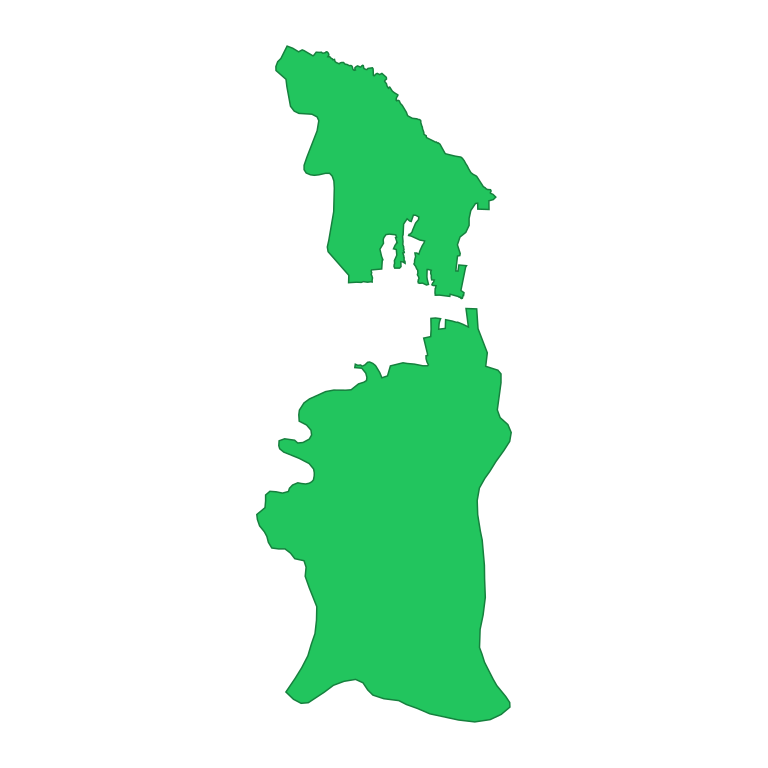 Alamudun, Chuy, Kyrgyzstan
{"feature_id": "92254566B67186126103124", "entity_name": "Alamudun", "entity_type": "district", "adm_level": 2, "iso_a3": "KGZ", "parent_name": "Kyrgyzstan", "parent_adm1": "Chuy", "projection": "equal_earth", "projection_center": [74.606, 42.781], "detail": "fine", "context": "isolated", "style": "filled", "palette": "green", "viewbox_px": 768, "rotation_deg": 0, "n_neighbors": 0, "source": "geoboundaries", "source_scale": "gbopen_adm2", "svg_char_len": 6048}
<svg xmlns="http://www.w3.org/2000/svg" viewBox="0 0 768 768"><path d="M476.7,308.9L466.0,308.5L468.4,327.0L462.9,324.3L457.7,322.2L456.3,322.3L452.4,321.1L445.6,319.7L445.3,328.4L438.7,329.2L439.1,323.7L439.6,321.5L440.6,318.7L435.5,318.0L430.9,318.4L431.1,329.1L430.7,336.6L423.7,338.1L427.4,353.5L427.6,355.5L426.0,355.8L426.1,358.8L427.0,362.0L428.4,364.8L427.6,365.8L422.9,365.8L414.3,364.1L407.3,363.5L403.0,362.8L390.4,365.9L387.5,375.9L381.9,377.8L379.7,372.5L376.1,366.5L375.4,365.5L372.8,363.4L369.6,362.0L367.6,362.3L364.8,365.0L362.6,366.0L361.8,366.0L360.7,365.0L357.8,365.3L355.3,364.2L354.8,367.6L361.8,368.2L365.8,373.2L366.9,377.4L366.5,380.5L363.9,382.2L358.5,383.9L351.1,389.8L345.9,390.2L333.7,390.1L325.6,391.6L309.5,398.9L304.0,402.9L299.4,410.1L298.8,414.8L299.2,421.2L306.6,425.0L311.0,430.2L311.6,435.0L309.3,439.1L303.0,442.5L297.7,443.0L294.6,440.2L284.6,438.8L279.1,440.8L278.8,445.7L279.7,448.8L283.9,452.2L298.8,458.2L309.1,463.5L313.6,469.0L314.3,472.8L314.2,476.0L313.4,480.0L311.7,481.8L309.3,483.2L305.6,484.0L301.3,483.5L297.8,482.8L292.6,485.0L289.5,488.2L288.4,491.5L282.5,493.1L276.2,491.8L269.9,491.3L265.6,495.0L265.6,500.9L265.0,507.7L256.8,514.5L257.4,519.5L259.6,525.9L264.4,531.8L266.9,536.5L268.4,542.4L271.8,548.0L278.5,548.9L285.0,548.9L290.5,553.1L294.8,558.7L304.0,560.7L306.1,567.2L305.2,576.3L309.2,587.6L316.8,606.7L316.5,620.3L315.0,633.6L311.3,644.3L307.9,655.8L301.8,667.6L295.0,678.6L285.9,692.0L293.5,699.3L301.1,703.3L308.3,702.7L324.5,692.0L333.4,685.3L344.1,681.3L355.6,679.4L363.0,682.8L367.7,689.9L372.9,695.1L383.8,698.7L398.8,700.6L406.4,704.5L417.0,708.3L429.8,713.8L458.5,720.0L474.8,721.9L490.2,719.6L501.2,714.4L509.9,707.1L509.7,702.5L505.8,696.6L496.8,685.6L493.2,679.3L484.5,662.2L482.0,654.2L479.5,647.5L480.1,629.4L483.1,615.0L485.3,597.4L484.6,579.1L484.4,565.3L482.2,540.1L480.3,530.9L477.7,514.7L477.2,500.5L479.4,488.0L484.8,478.4L489.8,471.4L496.0,461.4L503.8,450.6L509.7,441.4L511.2,432.5L507.9,424.6L500.1,417.6L497.3,409.9L501.0,382.7L501.0,373.9L497.9,370.2L485.7,366.3L487.3,352.8L478.0,328.6L476.7,308.9ZM495.8,197.1L493.0,194.4L490.4,193.2L490.3,192.6L491.1,191.0L490.5,189.7L487.5,189.5L486.1,188.8L485.2,187.8L483.3,186.6L476.8,176.5L476.1,175.9L473.2,174.4L470.9,172.6L468.6,168.7L467.3,166.0L465.6,163.4L464.3,160.9L462.4,158.3L460.9,157.1L455.0,156.1L445.6,153.8L444.9,153.1L440.0,144.2L438.3,142.9L437.9,143.2L436.3,142.0L435.7,142.2L426.7,137.7L426.4,137.3L426.2,135.7L424.9,135.0L423.9,134.1L423.8,132.3L422.6,129.0L422.3,126.9L421.9,126.2L420.8,122.6L420.8,120.9L420.6,120.4L419.6,119.6L418.0,119.4L416.9,118.8L412.4,118.3L408.2,116.1L407.5,115.4L406.4,112.3L402.2,105.3L400.7,103.8L399.8,102.3L399.4,101.0L398.0,100.3L396.7,100.8L396.2,100.3L396.2,98.8L396.7,97.3L397.8,95.6L397.9,94.9L394.3,92.7L392.3,91.1L389.8,87.2L389.4,87.1L388.4,88.2L387.6,87.0L386.9,85.7L386.5,83.8L384.6,81.3L384.9,80.4L386.5,79.1L386.4,77.7L386.1,77.1L381.9,73.4L379.6,74.6L377.2,73.4L376.2,73.8L374.2,75.8L373.8,75.7L373.4,75.4L373.1,68.9L372.4,67.8L368.0,68.4L367.0,69.5L366.0,69.5L363.9,68.5L363.3,65.6L362.7,65.3L361.7,65.9L360.8,67.0L360.4,67.1L357.6,65.9L356.2,66.6L354.9,67.8L354.9,69.0L355.4,70.0L354.5,70.3L353.5,70.0L352.9,69.1L352.3,66.8L351.8,66.0L350.9,65.5L349.4,65.7L346.9,64.4L345.3,64.3L343.5,62.5L341.6,62.5L340.2,62.9L339.2,63.8L336.2,62.5L335.0,61.5L334.5,59.4L333.0,59.9L332.4,58.9L331.3,58.4L329.8,56.8L327.9,56.7L328.9,55.0L328.5,53.6L327.9,52.6L327.1,51.9L326.2,51.8L325.3,52.7L323.1,53.2L322.5,53.1L321.4,52.2L319.5,52.4L316.2,52.2L313.5,55.6L312.9,55.8L304.0,50.6L302.2,49.9L298.6,51.8L292.7,48.2L287.1,46.1L280.9,58.5L277.7,61.7L275.9,66.5L276.0,70.5L286.0,79.3L286.9,86.7L290.5,106.3L294.2,111.1L298.9,113.4L311.9,114.2L317.1,116.9L318.8,120.7L317.1,130.9L306.8,157.4L304.1,165.3L304.1,169.7L306.2,173.0L310.5,174.8L314.3,175.3L318.9,174.8L325.5,173.3L329.6,173.3L332.2,176.1L333.9,181.0L334.3,188.2L333.7,211.7L328.8,240.3L327.3,247.0L328.1,251.7L348.8,275.3L348.6,282.7L356.5,282.2L361.3,282.4L363.2,281.6L367.6,282.2L370.5,281.8L372.2,282.0L372.1,280.4L372.5,277.9L371.7,275.3L371.2,274.7L371.7,272.6L371.1,271.0L371.6,269.9L381.7,269.0L382.3,260.0L382.9,259.8L381.6,256.5L379.9,249.2L383.5,243.3L383.2,239.8L383.8,237.7L386.0,234.6L389.3,234.1L395.7,234.8L396.6,237.2L395.5,237.6L397.1,242.5L396.8,242.4L395.7,244.6L395.2,245.0L393.5,248.8L396.3,249.5L396.8,255.2L394.4,260.6L394.6,263.5L394.2,264.5L394.0,266.4L394.7,268.1L399.6,268.1L401.0,266.6L400.8,261.6L402.5,261.8L405.1,263.3L405.0,261.8L404.5,261.8L404.6,261.1L404.1,261.1L404.1,257.3L403.7,257.1L403.8,256.0L402.8,253.0L404.3,252.6L404.1,251.6L403.4,250.8L404.0,249.6L403.6,247.8L403.7,246.9L402.8,244.6L403.0,241.5L402.6,236.5L402.8,235.2L403.1,235.0L403.6,224.1L407.1,218.8L409.8,221.1L411.2,221.5L413.4,215.1L415.8,215.3L418.8,217.0L418.5,219.6L415.6,223.1L412.5,230.5L412.2,231.8L410.4,234.0L409.1,234.3L408.6,235.5L411.2,236.1L420.0,240.1L424.6,240.9L424.1,242.7L422.2,245.8L419.8,251.1L418.8,254.3L416.8,253.0L414.9,253.0L415.6,256.5L414.6,260.2L414.5,263.0L414.0,263.7L414.0,264.2L415.6,266.3L416.7,268.9L417.7,270.1L417.9,273.3L417.4,274.3L417.6,275.3L418.4,276.4L419.0,278.4L418.2,280.0L418.3,281.0L418.0,281.3L418.3,282.9L419.7,283.3L422.5,283.1L426.5,285.0L428.5,284.4L427.2,279.1L426.9,276.8L427.1,269.5L428.3,269.5L431.3,270.3L430.8,271.4L430.7,273.7L431.3,275.0L431.3,277.8L431.7,279.9L434.3,280.0L433.6,282.1L432.6,283.1L431.9,284.8L433.1,285.5L436.0,285.7L435.5,288.4L435.2,288.5L435.0,292.5L435.1,294.0L435.4,294.1L435.3,295.2L439.6,295.1L449.8,296.4L450.1,294.2L458.9,296.7L459.2,296.9L459.1,297.1L460.3,297.5L460.4,297.2L460.7,297.3L460.7,297.5L461.1,297.7L461.0,298.4L461.3,298.5L461.5,297.9L462.4,298.2L463.2,295.1L463.6,295.3L464.0,292.7L460.9,290.5L465.6,267.2L466.5,265.7L458.9,265.0L458.0,271.1L455.8,270.9L457.5,256.0L459.8,255.6L460.2,253.5L457.4,244.8L460.0,237.0L465.8,232.4L469.1,225.4L469.1,218.4L470.8,210.5L475.5,203.5L477.7,203.2L477.8,209.1L489.0,209.5L488.9,200.8L493.3,199.6L495.8,197.1Z" fill="#22c55e" stroke="#15803d" stroke-width="1.5"/></svg>